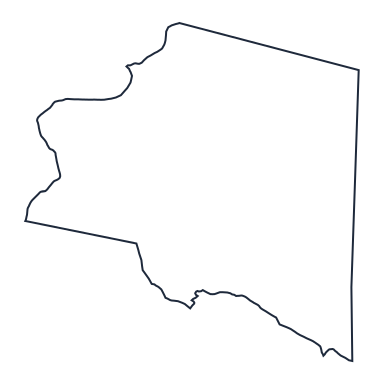 Morne Paul, Laborie, Saint Lucia
{"feature_id": "8701671B65386836314559", "entity_name": "Morne Paul", "entity_type": "district", "adm_level": 2, "iso_a3": "LCA", "parent_name": "Saint Lucia", "parent_adm1": "Laborie", "projection": "albers", "projection_center": [-61.012, 13.766], "detail": "fine", "context": "isolated", "style": "outline", "palette": "slate", "viewbox_px": 384, "rotation_deg": 0, "n_neighbors": 0, "source": "geoboundaries", "source_scale": "gbopen_adm2", "svg_char_len": 3582}
<svg xmlns="http://www.w3.org/2000/svg" viewBox="0 0 384 384"><path d="M351.4,287.2L355.1,178.2L358.7,70.1L179.3,23.0L179.1,23.2L177.6,23.6L175.9,24.0L171.6,25.4L170.1,26.3L168.3,27.2L166.2,31.5L166.0,35.0L165.5,40.4L164.9,42.8L164.3,44.6L162.1,48.5L160.8,49.5L157.3,51.8L154.7,53.0L150.6,55.5L147.5,57.1L146.9,57.6L144.0,60.2L142.0,62.4L141.7,62.7L139.4,63.8L138.3,63.8L137.0,63.6L135.7,63.3L134.1,63.5L130.5,65.3L129.8,65.3L127.9,65.3L126.5,66.5L128.6,68.5L129.0,68.7L130.0,71.1L130.6,72.1L132.0,75.9L131.1,80.1L130.5,82.6L127.2,88.1L125.3,90.2L120.9,95.2L115.9,97.5L111.1,98.7L108.6,99.0L104.3,99.7L101.5,99.8L96.7,99.7L94.5,99.6L90.2,99.7L86.4,99.6L81.7,99.5L77.5,99.3L73.7,99.3L70.3,99.1L67.8,98.9L65.6,99.1L63.0,100.2L61.7,100.5L59.1,100.7L55.1,101.7L54.1,102.5L52.7,104.1L52.4,104.8L51.3,106.2L50.0,107.8L48.3,109.0L46.8,110.2L45.7,110.9L44.0,112.2L42.7,113.3L41.2,114.4L40.6,114.9L38.2,117.3L37.5,118.6L37.2,119.6L37.1,120.4L37.2,121.0L37.6,122.0L38.0,123.0L38.2,123.9L38.4,124.8L38.7,126.1L38.8,127.2L39.0,128.4L39.3,129.5L39.4,130.2L39.6,131.0L39.7,131.4L40.1,132.9L40.3,133.6L40.6,134.5L41.1,135.8L41.5,136.4L41.9,136.9L42.8,137.8L43.5,138.7L44.0,139.2L44.6,139.9L45.3,140.9L45.8,141.6L46.3,142.4L46.5,142.9L46.9,143.7L47.2,144.6L47.6,145.4L48.1,146.1L48.4,146.7L48.8,147.4L49.2,148.1L49.8,148.7L50.2,149.0L51.1,149.4L52.3,149.8L52.9,150.2L53.4,150.5L54.0,151.3L54.6,151.8L54.9,152.2L55.3,152.8L55.5,153.3L55.6,154.9L56.1,157.5L56.5,159.8L56.7,161.1L57.7,165.2L58.4,168.3L59.0,170.5L59.6,172.5L59.9,173.6L60.1,174.5L60.1,175.3L60.2,175.7L60.2,176.3L60.0,176.9L59.9,177.3L59.5,178.1L58.9,178.6L58.0,179.3L56.7,180.0L55.2,180.6L54.2,181.1L53.6,181.6L52.9,182.4L52.1,183.3L51.1,184.6L48.9,187.2L47.4,189.2L46.4,190.2L45.3,191.1L44.8,191.2L44.4,191.3L43.7,191.4L43.9,191.2L41.9,191.4L42.2,191.5L41.4,191.6L40.8,191.8L40.0,192.3L39.5,192.8L38.6,193.8L34.2,198.2L32.6,199.8L31.8,200.7L31.1,201.7L30.4,202.8L30.0,203.7L29.4,204.8L29.3,205.2L28.8,206.3L28.2,207.3L27.7,208.4L27.5,209.5L27.4,210.5L27.3,211.7L27.1,213.9L27.0,214.8L26.7,216.0L26.4,217.3L26.2,218.4L25.9,219.5L25.7,220.2L25.3,221.0L136.4,243.5L138.3,249.9L139.2,253.5L141.4,260.1L142.1,266.2L142.7,270.2L144.4,272.5L148.8,278.7L151.7,283.9L154.5,284.4L155.6,285.4L158.4,286.9L161.3,289.4L162.6,291.8L164.5,295.6L165.5,297.8L167.5,298.6L170.2,300.1L171.7,300.5L174.1,300.7L178.0,301.2L182.2,302.8L184.8,304.0L187.7,306.4L190.2,308.4L192.3,305.5L194.2,303.6L194.3,302.6L193.6,301.5L191.7,300.3L193.2,298.9L195.6,297.8L197.7,296.0L195.9,294.8L195.2,293.2L196.2,291.6L197.5,291.0L198.9,291.5L201.1,291.2L202.8,290.1L204.3,291.0L207.1,292.5L210.4,294.1L212.6,294.2L214.5,294.1L216.1,293.6L219.9,292.2L222.7,292.2L227.3,292.5L230.4,293.3L232.1,294.4L234.3,294.8L236.1,296.0L237.0,295.9L239.1,295.8L241.2,295.5L242.3,295.6L243.7,296.1L245.1,296.7L246.4,297.5L248.3,299.0L250.1,300.5L251.8,301.5L253.0,302.2L253.6,302.7L254.8,303.3L256.1,304.0L257.8,304.9L258.5,305.5L259.2,306.1L260.1,307.5L261.3,308.6L262.7,309.5L265.8,311.3L267.8,312.6L270.3,314.2L272.1,315.3L274.7,316.8L276.1,317.5L279.6,324.4L283.1,325.8L286.7,327.2L289.2,328.3L290.7,329.0L295.1,331.9L297.0,333.3L300.1,335.1L303.6,336.7L306.7,338.3L311.0,340.2L313.2,341.3L318.5,344.9L319.5,345.8L320.0,346.1L320.5,347.0L321.1,349.0L321.4,350.3L321.8,352.5L322.8,354.1L323.4,355.7L324.7,354.4L325.9,352.5L327.0,351.4L328.9,349.6L329.6,349.3L332.7,349.0L333.8,349.5L334.9,350.7L335.9,351.5L336.9,352.2L337.7,353.1L340.6,355.5L342.2,356.3L345.4,357.9L346.6,358.7L349.0,360.3L350.5,360.6L352.3,361.0L351.4,287.2Z" fill="none" stroke="#1e293b" stroke-width="2"/></svg>